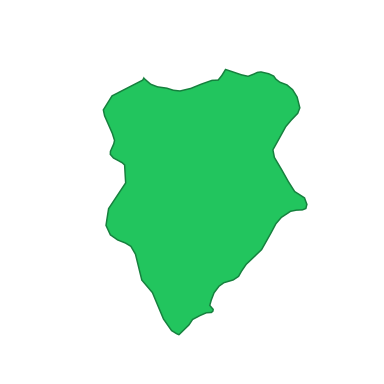 map outline of Novaci (Equal Earth projection), rotated 111°
{"feature_id": "MKD-2947", "entity_name": "Novaci", "entity_type": "Statistical Region", "adm_level": 1, "iso_a3": "MKD", "parent_name": "North Macedonia", "parent_adm1": "", "projection": "equal_earth", "projection_center": [21.636, 41.014], "detail": "fine", "context": "isolated", "style": "filled", "palette": "green", "viewbox_px": 384, "rotation_deg": 111, "n_neighbors": 0, "source": "natural_earth", "source_scale": "10m", "svg_char_len": 1314}
<svg xmlns="http://www.w3.org/2000/svg" viewBox="0 0 384 384"><g transform="rotate(111 192 192)"><path d="M249.1,261.4L237.4,263.9L207.3,257.2L190.9,264.6L189.7,267.6L188.4,277.5L186.2,281.7L183.3,282.7L175.0,282.3L171.6,282.8L165.8,287.4L152.2,300.9L147.1,304.2L130.9,301.1L105.2,278.1L103.0,277.8L103.1,277.7L106.0,269.8L106.2,268.8L106.2,261.9L104.1,252.7L103.7,245.9L102.0,239.4L95.7,230.2L88.0,222.0L80.6,213.3L78.2,207.7L72.6,205.9L65.6,204.6L65.3,198.6L64.9,188.0L63.9,181.1L59.7,176.5L56.9,173.8L55.2,170.6L54.1,162.8L54.5,157.3L56.6,154.1L58.0,149.5L58.0,141.7L59.2,138.4L60.4,134.8L65.7,127.9L74.8,121.5L80.7,121.5L89.5,125.2L97.3,127.9L111.0,129.8L123.6,131.6L130.2,127.5L139.3,116.0L147.7,105.9L154.8,96.3L157.2,84.8L157.5,84.6L162.4,80.3L166.6,79.8L169.1,82.5L171.5,88.0L174.7,93.1L183.7,99.5L191.5,102.3L202.0,103.6L214.9,105.5L220.9,106.4L233.4,112.3L240.1,115.5L248.1,117.4L254.1,118.3L259.3,122.0L265.3,129.8L270.2,133.0L278.2,135.3L285.9,135.3L291.5,134.8L294.0,130.2L295.7,129.8L297.5,130.7L299.6,135.3L304.5,140.3L310.8,145.8L317.1,147.2L329.6,152.9L329.9,153.1L329.8,155.6L328.7,161.4L320.8,173.1L300.1,192.9L292.3,207.1L292.2,207.2L292.2,207.3L270.3,222.5L264.6,229.6L263.5,235.9L263.4,244.2L261.3,252.8L254.0,260.3L249.1,261.4Z" fill="#22c55e" stroke="#15803d" stroke-width="1.5"/></g></svg>